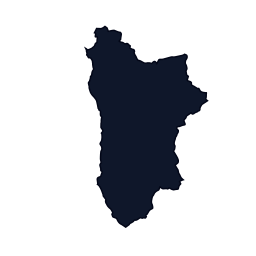 outline of Nong Son, Quàng Nam, Vietnam, rotated 115°
{"feature_id": "81297802B33972751107769", "entity_name": "Nong Son", "entity_type": "district", "adm_level": 2, "iso_a3": "VNM", "parent_name": "Vietnam", "parent_adm1": "Quàng Nam", "projection": "robinson", "projection_center": [107.988, 15.651], "detail": "fine", "context": "isolated", "style": "filled", "palette": "ink", "viewbox_px": 256, "rotation_deg": 115, "n_neighbors": 0, "source": "geoboundaries", "source_scale": "gbopen_adm2", "svg_char_len": 5696}
<svg xmlns="http://www.w3.org/2000/svg" viewBox="0 0 256 256"><g transform="rotate(115 128 128)"><path d="M63.0,71.9L63.3,72.5L64.1,75.1L64.3,76.9L63.9,78.3L62.3,80.5L62.4,80.9L62.7,81.3L62.9,81.7L62.4,85.7L62.3,88.3L61.9,88.7L61.1,89.3L60.1,89.8L59.7,90.7L59.7,91.6L59.9,92.8L59.9,93.8L59.5,94.6L57.1,95.0L55.9,95.1L55.6,95.4L55.4,96.7L55.0,97.4L52.3,99.3L51.5,99.6L50.5,99.6L49.8,99.6L48.9,99.9L47.2,101.2L46.4,102.0L45.6,103.1L44.7,103.7L43.6,104.1L42.4,104.4L40.4,104.2L39.4,104.2L38.2,104.7L37.4,105.4L37.2,106.2L37.3,107.9L38.2,108.4L39.4,109.6L43.7,115.3L44.5,116.7L45.0,118.1L45.5,118.9L51.1,125.5L51.6,126.5L52.5,128.3L52.7,128.5L53.1,128.8L53.8,128.9L57.3,129.0L57.5,129.1L56.9,129.9L56.5,130.9L56.4,131.8L56.7,132.4L57.5,133.0L59.0,133.5L59.5,133.9L59.9,135.8L60.3,136.8L60.9,138.0L61.8,139.2L62.3,140.9L62.0,145.0L62.2,146.9L62.5,147.6L61.4,149.3L59.9,151.0L58.7,152.8L57.3,154.3L55.8,154.5L55.3,154.9L54.8,155.4L54.6,155.9L54.6,156.4L54.8,157.2L54.9,158.2L54.7,159.9L54.3,160.3L52.9,160.6L52.6,160.8L52.5,161.9L52.2,162.5L51.8,163.6L51.8,164.5L51.9,164.8L52.3,165.2L52.7,165.7L53.0,166.3L53.1,166.7L52.8,168.4L52.8,169.2L53.2,170.7L53.2,171.5L53.1,172.6L52.9,172.7L52.5,172.7L51.2,172.2L50.7,172.2L50.4,172.3L49.7,172.6L47.3,173.3L45.7,173.8L45.3,174.2L44.9,174.7L44.7,175.1L44.6,175.5L44.8,175.9L45.1,177.2L45.2,178.3L45.4,181.9L46.2,183.3L48.7,186.7L46.2,189.3L45.7,191.8L47.6,192.8L49.1,194.1L49.6,194.9L50.8,197.8L51.1,198.5L53.2,198.5L55.9,198.6L55.8,197.8L56.1,197.3L56.6,197.0L58.4,196.5L58.9,196.3L59.1,196.1L59.1,195.9L58.5,194.7L58.5,194.4L58.7,194.1L59.1,193.9L61.2,193.2L63.0,192.5L64.1,192.4L65.0,193.2L65.3,193.2L66.4,193.1L68.3,193.1L68.7,193.3L69.6,193.8L70.7,194.3L71.4,194.7L73.4,196.5L74.2,197.6L74.2,197.9L74.2,198.4L73.9,199.0L73.8,199.9L74.6,198.9L75.4,198.3L76.2,197.9L77.3,196.9L77.8,196.6L78.5,196.5L79.2,196.3L79.9,194.8L80.5,194.2L80.8,193.5L80.9,193.2L80.5,192.4L80.4,192.1L80.4,191.6L80.6,190.9L82.1,188.7L83.1,188.1L84.2,187.3L85.3,186.8L86.7,185.9L87.5,185.4L88.7,184.3L89.3,184.0L90.2,184.0L91.5,184.2L92.4,184.1L93.4,183.9L94.5,183.5L95.6,183.3L96.3,183.4L97.2,183.7L98.7,183.1L99.9,182.9L101.9,182.6L103.0,182.9L103.7,182.9L104.3,182.6L107.0,180.5L107.9,180.2L108.6,179.7L110.6,177.9L111.7,176.8L112.5,175.6L113.3,174.2L114.4,171.5L115.7,169.0L116.7,167.8L120.1,165.2L122.8,163.3L123.1,162.5L123.9,162.0L124.0,161.0L124.4,160.2L125.0,159.7L125.7,159.4L126.3,159.2L127.9,158.4L128.6,157.5L129.0,156.9L129.1,156.4L129.4,156.2L129.7,156.1L130.7,156.0L131.6,155.7L133.1,155.1L133.7,154.7L135.3,154.3L138.5,152.9L139.0,152.6L139.9,151.1L140.5,150.2L141.2,149.6L141.6,149.5L142.2,149.5L143.4,149.8L143.9,149.9L144.2,149.3L144.5,149.1L146.1,148.2L147.5,147.5L149.8,146.7L150.4,146.6L151.0,146.5L153.3,146.7L154.1,146.6L154.3,146.5L156.0,144.0L156.4,143.7L158.1,142.7L158.7,142.6L160.6,142.6L163.5,141.6L165.7,140.7L167.7,139.8L168.6,139.2L170.0,138.1L170.5,137.8L171.3,137.7L172.8,137.9L173.5,137.7L174.0,137.4L176.1,135.6L177.9,134.7L178.1,134.5L178.2,134.2L178.3,133.3L178.5,133.0L179.3,132.7L181.6,132.5L182.8,132.3L183.2,132.3L183.7,132.5L184.4,133.0L185.2,133.9L185.9,134.3L186.3,134.4L186.8,134.4L187.5,134.2L191.1,131.9L191.7,131.7L191.9,131.8L192.5,129.8L194.0,127.5L195.7,125.5L198.7,122.5L200.1,121.6L201.9,118.2L202.3,117.8L202.6,117.6L203.5,117.5L204.1,117.2L204.6,116.8L205.2,116.3L206.1,115.0L206.9,114.0L207.5,113.0L208.2,111.3L208.5,110.0L208.9,109.0L210.7,106.4L211.0,106.1L211.3,106.0L212.7,106.1L213.1,106.0L214.2,104.9L214.7,104.4L214.9,104.0L214.9,103.6L214.7,100.8L214.8,100.3L215.1,99.6L216.5,97.9L217.3,96.5L217.7,95.6L218.0,94.3L218.1,92.6L218.8,88.2L215.1,86.2L213.7,86.0L213.3,85.7L212.6,85.1L210.8,83.9L210.1,83.6L209.4,83.5L208.9,83.3L208.6,83.0L208.4,82.6L208.3,82.1L207.8,81.5L207.1,80.9L206.5,80.5L204.9,79.6L204.2,79.1L204.0,78.8L203.7,77.1L203.5,76.7L202.7,75.9L202.6,75.6L202.4,74.8L202.3,74.4L202.0,74.2L201.3,74.0L200.8,74.0L200.5,74.0L200.4,74.2L200.2,74.7L200.0,74.8L199.3,74.9L198.9,74.8L198.4,74.5L197.9,74.3L194.6,74.0L193.6,73.8L192.3,73.2L191.1,72.2L190.5,71.9L190.1,71.8L189.9,71.9L188.8,72.5L187.5,73.5L186.3,74.8L185.6,75.3L184.6,75.8L183.7,76.1L180.9,76.8L179.6,76.9L178.8,76.8L178.1,76.6L176.1,76.6L175.4,76.5L173.6,75.8L172.8,75.3L171.4,74.2L170.9,74.0L170.1,74.0L168.1,74.2L167.8,74.0L167.8,73.8L168.2,72.5L168.3,71.5L168.3,70.7L168.2,70.5L166.6,67.6L166.5,66.6L166.2,66.1L165.9,65.9L165.4,65.8L165.1,65.5L164.9,65.0L164.9,64.4L165.0,63.3L165.0,62.4L164.8,60.8L164.6,60.4L163.5,58.9L162.4,57.1L162.2,56.9L161.9,56.8L159.7,57.2L158.6,57.3L158.1,57.2L156.6,56.7L156.3,56.7L155.7,57.4L155.0,58.6L154.9,58.6L154.3,58.4L153.5,57.9L152.4,57.0L151.6,56.1L151.3,57.2L151.0,58.0L150.7,58.8L150.3,59.4L148.3,61.8L147.7,62.8L147.3,63.2L144.9,65.0L144.0,66.4L142.3,68.9L141.9,69.3L141.7,69.4L141.4,69.5L138.8,68.2L137.6,68.1L136.0,68.8L134.4,70.4L132.9,72.4L130.1,76.6L129.8,76.9L129.3,77.0L128.8,77.0L128.1,76.9L127.4,76.9L125.0,77.6L124.4,77.9L123.7,78.8L123.1,79.4L122.2,79.8L121.1,80.2L119.8,80.4L118.1,80.6L116.8,80.9L115.8,81.0L115.0,80.8L113.9,80.8L113.0,81.0L110.8,80.8L109.6,81.1L109.0,81.4L108.6,82.1L108.4,83.1L107.9,83.6L107.0,83.9L106.5,84.0L106.1,83.9L105.6,83.4L104.9,82.1L102.4,79.7L101.7,78.7L101.2,78.1L100.8,77.8L100.2,78.0L98.0,80.3L97.0,80.6L96.0,80.4L95.0,80.0L93.9,79.9L92.7,80.1L91.7,79.7L89.9,78.6L87.5,77.2L87.5,76.9L88.0,76.2L88.1,75.7L87.9,75.2L87.2,74.5L86.1,74.0L84.7,72.8L84.0,72.1L83.5,71.8L82.9,71.7L82.6,71.4L82.4,71.0L82.1,70.8L81.9,70.7L81.4,70.6L80.9,70.7L80.0,71.1L79.1,71.3L77.9,71.3L75.9,71.1L75.2,70.9L69.7,67.5L69.3,69.1L69.1,69.5L68.7,69.8L68.3,70.0L67.5,70.1L66.6,70.4L65.4,70.9L64.3,71.4L63.3,71.7L63.0,71.9Z" fill="#0f172a" stroke="#020617" stroke-width="1.5"/></g></svg>